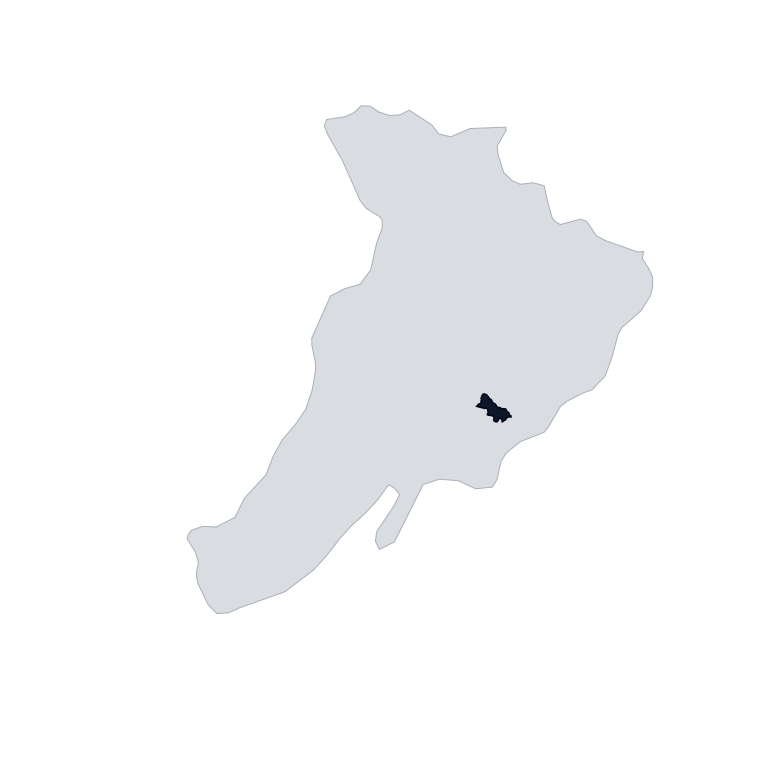 Salcedo, Hermanas, Dominican Republic shown in context, rotated 121°
{"feature_id": "3306468B93547885769442", "entity_name": "Salcedo", "entity_type": "district", "adm_level": 2, "iso_a3": "DOM", "parent_name": "Dominican Republic", "parent_adm1": "Hermanas", "projection": "albers", "projection_center": [-70.395, 19.439], "detail": "fine", "context": "in_parent", "style": "filled", "palette": "ink", "viewbox_px": 768, "rotation_deg": 121, "n_neighbors": 0, "source": "geoboundaries", "source_scale": "gbopen_adm2", "svg_char_len": 4997}
<svg xmlns="http://www.w3.org/2000/svg" viewBox="0 0 768 768"><g transform="rotate(121 384 384)"><path d="M136.3,503.4L137.3,476.5L141.4,465.7L137.7,454.1L120.7,441.8L110.4,426.0L101.2,412.0L103.3,410.0L121.9,409.5L128.5,404.5L141.1,390.3L143.7,378.9L142.7,370.2L134.7,359.8L131.6,348.9L141.7,339.4L154.9,325.6L156.7,320.3L156.5,315.0L141.3,300.2L140.3,293.9L147.6,278.1L147.0,267.6L140.2,234.6L136.8,229.7L143.6,227.0L148.2,217.3L154.2,208.6L162.1,204.0L171.0,201.1L188.8,201.4L213.3,209.2L220.3,209.1L243.9,202.3L263.5,198.5L282.0,202.9L289.4,208.9L304.6,218.3L312.2,221.2L336.3,221.0L342.9,221.9L363.1,237.4L380.1,243.6L390.0,243.9L407.7,237.9L416.5,238.0L426.6,251.4L428.6,270.4L437.1,287.6L450.1,298.7L513.8,293.7L528.1,302.7L523.2,310.3L514.3,314.3L483.9,312.7L470.7,313.7L468.0,321.2L468.0,328.2L485.8,329.7L503.2,333.2L521.0,338.6L539.0,342.3L559.4,344.6L579.4,348.5L612.9,361.8L650.2,392.5L660.2,399.4L666.8,409.0L663.8,421.0L650.8,440.8L643.4,447.2L632.5,451.2L625.1,459.3L618.1,473.1L613.6,474.3L608.4,473.7L599.5,466.1L593.0,454.2L575.0,443.1L553.8,444.8L522.5,438.4L503.6,441.7L484.6,442.5L465.2,439.2L445.8,438.1L426.3,442.4L407.5,449.6L400.5,454.2L388.4,465.4L382.0,469.5L336.1,475.2L322.8,467.0L310.6,455.8L292.9,454.2L267.3,462.8L251.3,465.9L244.7,469.6L242.8,473.8L242.7,489.5L239.0,499.0L213.8,534.8L199.6,560.0L193.7,567.8L187.0,569.5L174.7,554.8L166.9,549.5L157.2,546.8L153.1,539.0L153.4,528.0L150.9,517.3L145.0,508.9L136.3,503.4Z" fill="#d9dde1" stroke="#a8b0b8" stroke-width="1"/><path d="M340.7,292.8L341.0,293.1L341.3,293.4L341.4,293.5L341.7,293.6L341.9,293.7L342.0,293.8L342.0,294.0L343.0,294.0L343.5,294.0L343.8,293.9L344.3,293.7L344.6,293.6L345.0,293.6L346.0,293.6L346.3,293.5L346.5,293.4L346.6,293.2L346.7,292.9L346.8,292.8L346.9,292.7L347.3,292.4L347.6,292.3L347.8,292.2L348.4,292.2L348.6,292.1L348.8,292.0L348.9,291.6L349.0,291.4L349.3,291.3L349.7,291.3L350.0,291.2L350.5,291.3L350.8,291.3L351.0,291.3L351.4,291.6L352.2,292.3L352.4,292.5L352.6,292.6L352.8,292.6L353.1,292.7L353.9,292.7L354.2,292.8L354.4,292.8L354.9,293.0L355.3,293.2L355.3,292.4L355.2,292.1L355.2,291.9L355.0,291.6L354.9,291.6L354.9,291.4L354.8,290.7L354.7,290.4L354.5,289.9L354.3,289.1L354.0,288.5L354.0,288.3L353.9,287.6L353.8,287.3L353.7,287.1L353.5,286.9L353.2,286.6L353.1,286.4L353.2,286.2L353.3,285.9L353.4,285.7L353.3,285.4L353.2,285.2L352.9,284.9L352.6,284.8L352.4,284.6L352.2,284.4L352.2,284.2L352.1,283.9L352.1,283.6L352.1,283.0L352.1,282.5L352.1,282.3L352.2,282.2L352.3,282.0L352.4,281.8L352.6,281.7L353.0,281.5L353.2,281.4L353.5,281.2L354.1,280.6L354.4,280.4L354.8,280.2L355.1,280.0L355.3,279.9L355.7,279.9L356.5,279.9L356.9,279.8L357.0,279.7L357.1,279.4L357.1,279.2L357.1,278.9L357.1,278.6L357.0,278.4L356.8,278.0L356.6,277.6L356.3,277.0L356.1,276.7L355.9,276.3L355.8,276.1L355.8,275.8L355.7,275.2L355.7,274.9L355.6,274.7L355.4,274.3L355.3,274.1L355.3,273.7L355.4,273.4L355.5,273.2L355.7,272.9L356.1,272.5L356.5,272.2L357.1,271.9L357.5,271.7L358.1,271.5L358.7,271.1L358.8,271.0L358.9,270.9L358.9,270.7L359.0,270.5L359.0,270.1L358.9,269.3L358.9,269.1L358.9,268.8L358.4,267.9L358.2,267.7L357.9,267.5L357.6,267.4L357.3,267.4L353.6,267.4L353.4,267.4L353.2,267.3L353.1,267.2L353.1,266.9L353.2,266.7L353.3,266.5L353.4,266.3L353.5,265.8L353.5,265.6L353.8,265.1L354.0,264.7L354.2,264.4L354.4,264.1L354.9,263.7L355.5,263.1L355.3,263.0L355.1,262.9L354.6,262.7L354.3,262.5L354.2,262.4L353.5,262.2L353.2,262.1L352.7,261.6L352.4,261.5L352.2,261.4L351.9,261.4L350.5,261.4L350.1,261.4L349.7,261.3L349.3,261.0L348.9,260.9L348.6,260.7L348.4,260.4L347.9,260.0L347.7,259.7L347.4,259.1L347.1,258.6L347.1,258.4L347.0,258.1L346.6,258.2L346.4,258.4L346.2,258.6L345.9,258.9L345.8,259.0L345.8,259.4L345.8,259.6L346.0,259.9L346.1,260.1L346.1,260.3L346.0,260.5L345.9,260.7L345.7,261.1L345.6,261.3L345.4,261.4L345.2,261.5L344.6,261.8L344.5,262.0L344.4,262.0L344.3,262.5L344.3,263.6L344.3,263.9L344.2,264.1L344.1,264.3L344.0,264.6L343.8,265.0L343.5,265.5L343.3,265.9L343.2,266.1L342.9,266.5L342.7,266.8L342.7,267.0L342.8,267.2L343.2,267.7L343.3,267.8L343.4,268.0L343.4,268.5L343.5,268.7L343.8,269.2L344.0,269.6L344.1,269.8L344.6,270.4L344.7,270.6L344.8,270.9L344.8,271.1L344.8,271.4L344.8,271.6L344.7,271.7L344.7,271.8L344.5,272.1L344.4,272.1L344.4,272.3L344.5,272.6L344.7,272.9L344.9,273.3L345.1,273.7L345.2,273.9L345.2,274.2L345.3,274.5L345.3,275.0L345.3,275.5L345.2,275.8L345.1,276.0L345.0,276.3L344.5,276.9L344.4,277.0L344.2,277.4L344.0,277.9L343.9,278.1L343.9,278.3L343.9,278.6L343.9,279.0L343.9,279.3L343.9,279.6L344.1,280.0L344.1,280.4L343.9,280.8L343.8,281.4L343.8,281.5L343.7,281.7L343.2,282.4L343.0,282.5L342.9,282.9L342.6,283.5L342.4,283.8L342.2,284.2L342.1,284.4L342.1,284.5L342.1,285.0L342.3,285.6L342.4,285.9L342.4,286.0L342.1,286.4L341.7,287.0L341.6,287.6L341.5,287.8L341.4,287.9L341.1,288.0L341.1,288.8L341.1,289.0L341.0,289.3L340.9,289.5L340.4,290.1L340.3,290.3L340.3,290.5L340.4,290.8L340.5,291.3L340.6,291.5L340.7,292.0L340.7,292.8Z" fill="#0f172a" stroke="#020617" stroke-width="1.5"/></g></svg>